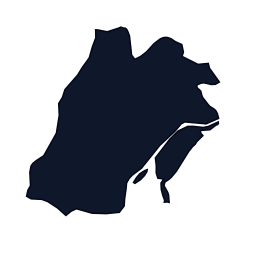 the District of Lisboa, rotated 11°
{"feature_id": "PRT-746", "entity_name": "Lisboa", "entity_type": "District", "adm_level": 1, "iso_a3": "PRT", "parent_name": "Portugal", "parent_adm1": "", "projection": "robinson", "projection_center": [-9.064, 38.994], "detail": "fine", "context": "isolated", "style": "filled", "palette": "ink", "viewbox_px": 256, "rotation_deg": 11, "n_neighbors": 0, "source": "natural_earth", "source_scale": "10m", "svg_char_len": 1749}
<svg xmlns="http://www.w3.org/2000/svg" viewBox="0 0 256 256"><g transform="rotate(11 128 128)"><path d="M215.1,101.2L204.0,109.0L182.6,111.2L179.4,113.8L174.6,122.4L162.6,138.9L148.9,164.9L141.3,173.3L138.7,177.4L137.1,182.3L137.7,188.1L138.2,198.1L139.1,205.3L135.6,212.4L123.0,216.2L108.9,218.5L92.8,217.1L88.2,220.4L83.7,225.7L74.0,219.9L63.1,215.5L57.0,214.5L46.5,216.0L41.5,214.4L41.6,208.3L43.3,203.2L40.1,190.1L40.1,183.6L41.5,180.7L44.5,177.2L50.6,171.3L58.7,146.8L58.1,128.6L55.3,117.2L57.8,110.5L58.8,102.3L68.5,85.6L71.5,77.5L76.6,66.5L77.6,55.0L79.2,45.5L77.5,37.8L79.8,37.5L89.3,37.5L99.8,31.7L101.8,30.3L105.0,30.8L106.3,30.5L108.0,31.5L109.9,34.0L111.9,37.4L117.6,55.7L121.6,59.3L126.8,55.3L131.7,49.7L137.5,40.2L142.7,34.3L145.2,32.7L146.9,32.0L149.7,31.6L153.3,32.2L158.0,34.2L164.9,35.8L167.9,42.9L167.4,47.4L184.6,52.2L194.5,49.3L196.5,53.7L208.9,65.4L205.5,68.4L201.5,69.4L194.2,69.1L191.2,70.0L187.6,72.4L187.6,74.3L188.8,75.8L190.8,76.8L192.5,78.1L194.3,82.0L195.5,83.8L202.7,90.1L204.3,91.2L209.4,93.2L211.0,94.4L212.0,95.6L213.1,97.1L215.1,101.2ZM177.8,193.9L177.8,192.0L175.3,188.0L172.4,182.0L170.9,175.8L172.7,171.2L166.9,171.6L164.3,166.7L162.9,159.4L160.6,152.2L171.2,130.9L177.6,121.5L186.2,115.1L191.2,114.0L201.8,113.1L206.5,111.2L215.4,104.8L215.9,106.4L215.3,107.5L213.8,108.4L208.8,114.1L199.6,116.6L200.4,119.2L203.0,121.2L198.2,128.1L197.0,131.2L194.7,134.3L192.1,139.4L183.6,161.5L179.9,168.1L178.1,170.5L174.5,174.1L174.4,177.9L178.8,183.0L179.7,184.3L180.7,186.3L182.6,193.2L180.5,193.1L177.8,193.9ZM153.3,166.1L154.8,165.2L154.9,167.1L153.2,171.6L150.0,176.5L145.4,181.0L143.8,180.4L145.8,175.1L148.3,170.7L151.1,167.9L152.6,166.6L153.3,166.1Z" fill="#0f172a" stroke="#020617" stroke-width="1.5"/></g></svg>